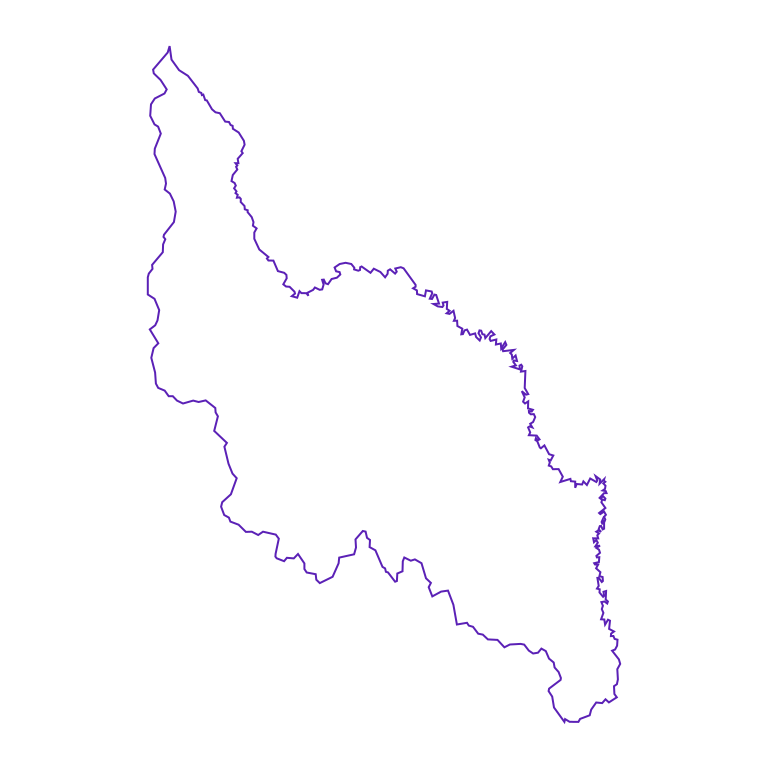 the district of Rioja, San Martín, Peru
{"feature_id": "86281439B49407103225288", "entity_name": "Rioja", "entity_type": "district", "adm_level": 2, "iso_a3": "PER", "parent_name": "Peru", "parent_adm1": "San Martín", "projection": "robinson", "projection_center": [-77.409, -5.821], "detail": "fine", "context": "isolated", "style": "outline", "palette": "violet", "viewbox_px": 768, "rotation_deg": 0, "n_neighbors": 0, "source": "geoboundaries", "source_scale": "gbopen_adm2", "svg_char_len": 6111}
<svg xmlns="http://www.w3.org/2000/svg" viewBox="0 0 768 768"><path d="M221.1,506.7L224.2,515.0L228.9,517.6L230.4,521.6L238.6,524.7L245.9,531.9L251.8,531.7L258.2,535.0L263.0,531.7L275.8,534.6L278.8,538.7L275.6,553.8L275.4,556.6L276.7,558.3L284.1,561.2L286.9,557.8L293.8,558.4L298.0,554.0L304.4,563.4L304.4,569.0L306.7,572.5L315.7,574.2L316.3,579.7L319.8,583.1L332.6,576.8L338.6,563.3L339.2,557.6L354.1,554.3L356.0,547.5L355.5,539.4L362.8,531.0L365.6,531.6L367.0,537.8L370.0,540.0L369.6,547.1L375.4,550.3L382.5,566.9L385.1,568.4L385.9,571.8L388.0,572.4L395.1,581.7L396.9,581.0L397.3,573.5L402.5,571.3L402.8,561.3L404.3,557.5L410.8,560.7L414.9,559.4L421.5,563.2L426.0,578.3L430.9,582.9L428.7,587.2L432.3,596.4L441.1,591.6L448.0,590.6L453.4,604.8L456.9,624.5L467.0,622.8L468.8,625.6L473.0,626.8L478.2,633.7L482.8,634.6L487.9,639.4L497.5,639.9L504.4,647.3L509.9,644.5L520.6,643.9L524.2,644.6L528.8,650.6L533.1,653.5L538.0,652.7L541.4,648.6L545.8,651.1L549.0,658.6L553.7,662.5L554.6,667.5L558.6,672.0L560.9,678.0L560.6,679.9L549.1,688.6L548.6,691.1L552.2,696.6L554.0,707.5L564.4,721.9L565.1,719.1L569.6,721.8L578.4,721.9L580.1,718.9L589.7,715.3L591.2,709.6L596.2,702.5L602.2,703.1L605.5,699.3L608.9,702.4L616.8,697.3L614.4,694.0L614.0,686.2L616.9,684.2L617.9,679.4L617.3,669.2L620.2,663.9L618.9,659.4L612.1,650.7L615.1,649.5L617.1,645.7L617.5,639.7L614.6,638.9L613.4,636.0L610.9,636.1L611.1,633.6L614.0,631.5L609.1,628.9L610.0,620.7L608.0,619.7L605.1,624.6L604.3,619.5L601.1,619.3L603.4,612.9L601.8,609.1L602.9,605.8L601.4,602.1L604.5,601.5L607.2,603.5L607.9,601.5L605.7,599.5L606.1,591.0L603.5,591.8L604.1,595.8L603.1,596.8L599.5,592.5L599.7,589.3L597.0,588.6L598.7,585.9L597.4,577.9L598.7,577.8L601.8,582.0L602.9,581.0L602.6,577.0L599.4,576.2L600.4,572.2L596.1,568.3L598.1,564.6L595.0,564.5L594.2,563.2L598.9,562.1L599.3,557.2L596.9,557.4L596.4,555.9L600.0,552.8L599.0,549.7L596.3,547.9L600.0,545.7L595.5,546.1L597.8,542.7L596.3,540.0L594.0,542.2L593.2,538.3L598.2,538.4L597.3,535.3L599.0,533.5L596.3,531.7L598.3,530.5L601.2,531.8L598.6,529.4L599.8,526.1L601.1,526.0L602.7,529.4L604.1,528.7L604.1,523.1L602.3,523.7L601.6,522.0L602.8,519.3L603.2,522.0L604.5,521.6L605.3,519.5L604.1,516.8L605.9,514.8L604.1,511.6L600.3,514.1L599.1,513.0L605.4,508.0L601.4,502.3L602.2,499.5L604.8,500.2L605.4,498.6L603.0,496.1L600.6,498.7L599.6,497.9L604.0,493.2L606.5,493.1L605.7,491.1L602.7,490.5L605.0,488.9L605.5,485.7L603.3,483.4L605.3,481.8L603.8,480.6L604.2,479.1L599.6,483.7L600.2,479.5L595.6,476.1L597.3,480.5L596.3,482.0L590.2,478.5L586.9,485.0L583.4,481.4L582.1,484.5L576.7,484.0L575.2,487.8L575.2,481.6L570.9,481.2L570.4,478.9L560.3,482.0L562.8,476.7L558.6,469.1L552.9,469.2L551.2,466.4L548.8,465.6L549.8,462.5L548.7,459.7L550.7,460.4L553.3,455.5L549.1,454.2L544.4,445.4L540.9,448.3L539.8,447.5L537.3,441.3L535.4,440.0L535.9,438.2L537.7,440.3L539.5,439.4L536.7,435.6L528.9,435.2L530.2,432.4L528.1,427.4L529.6,426.4L532.3,427.4L530.2,423.8L533.1,422.0L535.2,417.1L533.8,414.1L530.8,414.3L529.0,412.7L528.9,411.0L531.7,411.5L532.9,409.8L528.0,408.4L528.2,401.4L525.0,403.5L523.1,401.7L524.7,397.4L521.8,391.2L526.0,394.7L528.2,394.1L524.7,388.0L525.4,371.0L521.0,371.6L522.3,366.3L521.2,364.7L519.5,365.6L519.9,369.4L511.6,366.7L515.9,365.4L513.3,361.9L513.6,360.5L517.0,361.0L515.6,355.5L512.3,358.6L511.8,354.6L510.2,353.0L513.9,349.9L503.1,351.2L502.5,349.6L506.4,344.9L505.2,342.1L501.2,348.4L500.8,343.5L495.9,344.5L496.3,339.5L490.6,340.9L489.6,339.0L490.4,336.3L494.4,334.5L491.2,331.1L485.3,338.1L484.5,334.6L482.4,334.2L481.2,330.7L479.5,330.4L478.5,333.2L481.0,337.4L479.7,340.5L476.1,337.0L475.1,333.4L470.0,334.9L467.0,329.6L464.5,330.4L462.9,334.1L461.3,334.3L462.3,328.7L457.4,326.0L457.1,320.7L453.9,320.8L455.1,318.0L453.5,310.8L449.5,313.9L446.7,313.3L449.6,310.8L446.8,308.9L447.2,301.9L442.7,302.6L443.5,305.5L442.4,307.0L437.8,306.4L433.5,304.0L439.0,303.6L436.2,295.0L434.4,294.6L432.0,299.0L429.8,298.7L432.2,293.3L431.7,291.5L426.0,290.4L424.9,296.3L417.1,294.1L416.9,290.4L413.1,288.3L415.6,286.7L415.6,284.9L403.6,268.3L400.8,267.2L395.3,268.5L396.7,271.7L395.1,273.6L390.1,269.3L387.8,270.7L387.6,273.8L385.1,277.3L380.4,272.0L373.8,268.7L370.5,272.8L361.6,266.5L360.2,267.2L360.0,270.0L358.3,270.7L354.1,269.4L354.3,267.7L351.3,264.0L345.6,262.8L339.7,264.0L334.6,267.5L336.1,271.3L339.6,272.1L340.3,274.5L336.9,277.7L331.6,279.0L328.0,284.2L325.5,283.3L323.8,279.6L322.1,279.8L323.6,284.6L322.2,289.4L319.7,289.8L314.9,287.5L313.1,289.9L307.4,292.8L308.4,295.8L306.4,293.2L301.4,293.1L299.5,291.2L297.2,297.7L291.8,296.2L295.0,293.6L294.5,291.7L289.6,286.8L286.0,286.5L283.3,284.3L286.7,278.3L286.4,274.9L284.2,272.8L277.9,271.1L273.4,260.6L268.4,260.5L266.9,258.5L268.4,257.0L259.3,249.5L254.3,238.8L254.3,232.5L256.6,228.4L252.9,225.7L253.5,222.1L251.7,217.1L247.6,212.1L247.7,210.3L244.8,209.3L244.5,206.0L240.7,202.0L240.8,198.9L239.5,197.4L236.9,197.7L237.7,194.8L235.5,193.1L236.5,191.4L234.1,188.3L235.8,185.6L234.6,183.0L231.5,181.1L232.8,175.0L237.3,169.5L236.1,166.8L237.3,165.5L235.5,163.2L238.4,163.2L237.7,158.8L242.7,153.1L241.4,151.2L244.6,144.7L243.9,140.8L238.7,132.5L232.9,128.8L232.6,125.8L230.6,125.0L229.0,122.0L225.2,121.6L219.8,113.2L215.5,112.3L212.0,109.3L206.8,100.4L205.2,100.1L203.3,94.6L201.9,95.1L201.3,92.9L198.8,91.9L197.7,88.5L187.9,75.8L179.1,70.2L171.5,59.6L169.6,46.1L167.7,52.5L153.1,69.6L153.8,73.4L160.6,80.0L166.7,89.4L164.5,93.5L154.8,98.5L151.0,104.3L150.2,115.8L154.5,124.4L158.1,126.6L160.8,133.6L154.8,148.7L154.5,154.1L165.2,178.0L166.0,183.6L164.7,189.5L169.9,193.6L173.7,201.4L175.7,211.6L173.9,222.1L164.0,234.7L163.5,236.9L165.3,239.2L163.1,244.4L162.8,252.2L152.1,264.9L152.5,268.9L148.8,273.6L147.8,277.3L147.8,294.5L154.5,298.8L159.2,310.1L157.5,320.4L155.2,325.3L149.8,329.4L158.3,343.3L153.6,348.1L151.3,357.8L155.1,372.5L155.9,383.6L158.2,387.9L164.7,390.6L168.7,396.2L172.8,396.2L177.0,400.6L183.0,403.5L193.2,400.6L198.6,402.0L205.7,400.4L215.3,408.0L215.6,412.4L217.9,416.3L214.2,430.9L226.9,442.9L224.4,446.7L228.5,463.7L232.5,473.6L236.7,478.2L230.9,494.3L222.2,502.2L221.1,506.7Z" fill="none" stroke="#5b21b6" stroke-width="2"/></svg>